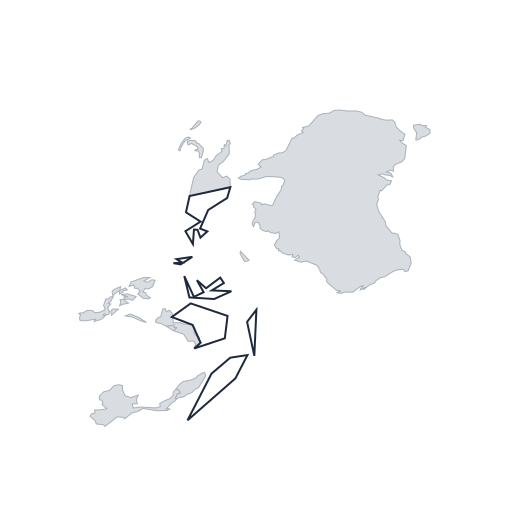 Indonesia highlighted, Equal Earth projection, rotated 257°
{"feature_id": "IDN", "entity_name": "Indonesia", "entity_type": "country or territory", "adm_level": 0, "iso_a3": "IDN", "parent_name": "Asia", "parent_adm1": "", "projection": "equal_earth", "projection_center": [119.503, -2.501], "detail": "coarse", "context": "with_neighbors", "style": "outline", "palette": "slate", "viewbox_px": 512, "rotation_deg": 257, "n_neighbors": 7, "source": "natural_earth", "source_scale": "50m", "svg_char_len": 6743}
<svg xmlns="http://www.w3.org/2000/svg" viewBox="0 0 512 512"><g transform="rotate(257 256 256)"><path d="M329.5,204.7L346.5,212.9L352.4,219.4L353.0,223.2L360.9,227.1L362.0,230.5L357.6,231.2L358.6,235.5L362.7,239.7L365.6,246.5L368.3,246.2L368.1,249.1L371.7,250.2L370.2,251.4L375.2,254.0L374.6,255.9L371.4,256.3L370.3,254.7L361.5,253.0L355.4,245.4L353.0,239.8L346.9,237.0L339.9,241.0L340.4,245.7L336.6,247.9L329.1,246.5L329.5,204.7ZM383.1,208.9L386.7,213.6L387.2,217.0L385.7,218.7L383.8,212.4L379.0,207.5L375.6,205.7L376.9,204.1L383.1,208.9ZM378.3,225.6L373.2,228.6L370.7,228.6L364.1,225.0L364.6,223.0L368.8,223.9L371.4,223.4L372.2,220.3L372.9,220.2L373.3,223.6L376.0,223.1L380.1,218.6L379.6,214.8L382.5,214.7L383.4,215.8L383.3,219.3L381.6,223.2L379.1,223.8L378.3,225.6ZM394.9,222.3L400.7,230.0L400.0,231.8L398.6,232.5L396.6,230.0L394.6,225.9L393.7,221.1L394.4,220.4L394.9,222.3Z" fill="#d9dde1" stroke="#a8b0b8" stroke-width="1"/><path d="M252.9,245.1L253.4,243.6L257.5,242.2L262.3,241.1L264.1,241.9L253.4,248.3L252.9,245.1Z" fill="#d9dde1" stroke="#a8b0b8" stroke-width="1"/><path d="M159.8,96.7L155.4,95.8L149.3,97.0L146.1,102.3L147.0,110.0L142.9,107.1L138.8,107.2L139.7,102.2L135.5,102.2L134.9,109.2L130.5,124.1L130.7,128.8L133.8,129.0L135.6,134.8L136.4,140.3L139.0,144.0L141.9,144.7L144.3,148.1L142.7,150.7L139.5,151.5L139.2,148.2L135.4,145.4L134.5,146.5L132.7,144.0L131.9,140.9L127.2,134.2L126.4,138.0L125.5,134.4L127.6,124.3L132.8,111.8L131.2,106.0L130.9,99.6L126.9,91.4L128.6,90.2L130.5,84.7L123.9,70.5L125.9,69.4L128.3,62.6L131.6,62.3L137.2,58.2L139.1,60.1L139.2,63.9L142.3,64.1L140.9,70.7L140.8,76.3L145.9,72.6L147.3,73.7L150.0,73.5L151.0,71.3L154.5,71.8L157.9,76.9L158.0,83.1L161.7,88.6L161.3,93.9L159.8,96.7Z" fill="#d9dde1" stroke="#a8b0b8" stroke-width="1"/><path d="M345.6,438.4L348.0,438.8L347.4,445.3L345.7,447.2L344.6,451.5L343.4,450.0L340.0,453.8L336.6,453.3L334.7,448.7L334.6,445.1L332.8,440.4L333.2,437.8L339.7,440.2L345.6,438.4ZM256.3,389.4L247.7,393.7L246.8,396.8L245.1,399.1L238.7,399.8L234.8,398.7L228.6,399.6L226.0,402.7L224.8,402.5L220.5,406.0L214.4,405.7L207.3,400.9L207.4,397.6L209.5,396.8L210.3,395.5L210.6,389.3L210.0,385.8L206.8,376.4L207.0,373.0L205.0,367.4L202.9,365.0L202.3,360.3L198.9,352.9L201.0,355.5L199.4,349.9L201.6,351.6L203.0,354.0L202.9,350.9L199.0,342.3L200.9,334.2L200.4,330.6L202.2,326.2L202.7,330.9L204.5,326.6L214.0,319.6L216.1,319.1L217.4,319.9L223.8,316.9L225.8,315.0L228.3,315.1L233.2,313.3L239.7,304.0L240.0,298.1L243.3,292.8L245.3,298.2L247.3,296.9L245.6,294.0L247.1,290.9L249.2,292.3L249.8,287.5L253.5,281.9L255.9,280.8L256.0,279.0L258.1,279.8L258.2,278.2L262.5,276.4L266.0,279.3L268.5,283.1L274.4,283.7L273.5,280.3L275.8,275.2L278.0,273.5L277.3,271.9L279.4,268.3L282.3,266.1L284.7,266.8L288.7,265.6L288.6,262.4L285.2,260.3L287.7,259.4L290.8,260.9L293.3,263.5L297.2,265.2L298.6,264.5L301.5,266.5L304.3,264.7L306.1,265.2L307.2,264.0L309.3,267.1L306.1,273.1L304.5,273.3L305.0,275.8L301.7,282.1L302.0,283.9L309.2,289.4L314.8,295.3L318.5,296.9L319.2,298.8L323.5,301.0L326.7,298.8L328.8,292.7L331.1,284.2L330.6,275.7L331.4,270.9L332.3,269.6L331.6,267.5L334.0,258.8L335.9,256.4L337.1,259.5L337.3,263.5L338.5,264.3L338.6,267.0L340.2,270.2L340.2,276.1L341.7,281.1L344.8,278.7L348.4,283.8L347.8,286.6L348.6,292.0L349.1,295.2L350.3,295.9L351.3,301.3L350.6,304.5L351.9,308.8L362.8,317.7L362.1,319.2L364.5,323.1L365.8,329.8L367.7,328.4L369.4,331.1L370.6,330.2L370.8,336.7L378.8,347.7L379.6,352.6L378.7,359.8L380.3,364.9L379.4,370.2L376.5,378.3L374.9,386.0L372.3,391.3L368.6,394.2L362.7,406.6L360.7,409.4L359.0,413.7L357.9,419.5L355.2,421.4L350.4,421.6L346.2,424.0L341.0,428.5L335.3,425.1L336.3,422.1L333.9,423.2L329.7,427.3L317.4,422.8L315.0,419.3L313.8,412.1L311.9,409.8L307.7,409.1L309.4,406.3L308.7,402.0L306.2,406.0L302.3,407.1L304.8,403.9L305.7,400.5L307.6,397.7L307.5,393.4L303.6,398.3L300.7,400.3L298.8,404.9L295.5,402.6L295.8,399.5L291.2,393.1L292.1,391.7L286.6,388.2L283.5,388.0L279.3,385.1L271.4,385.7L260.5,389.7L256.3,389.4Z" fill="#d9dde1" stroke="#a8b0b8" stroke-width="1"/><path d="M235.2,109.9L230.8,101.9L234.8,102.1L236.5,104.4L235.2,109.9ZM240.6,125.7L242.7,122.2L243.2,118.3L245.8,117.9L245.1,122.2L248.6,116.0L248.1,122.1L243.5,130.1L240.6,125.7ZM258.8,128.5L260.4,141.9L258.8,147.7L257.0,141.2L254.8,144.4L256.3,149.2L255.0,152.2L249.4,148.4L248.0,143.8L249.5,140.8L246.4,137.7L245.0,140.4L242.7,140.1L239.2,143.7L238.4,141.8L240.3,136.5L245.8,132.2L247.5,135.1L251.1,133.4L251.9,130.5L255.2,130.4L254.9,125.4L258.8,128.5ZM222.2,128.3L215.9,134.3L218.2,129.9L224.5,121.5L227.0,115.2L227.8,120.4L222.2,128.3ZM240.1,71.9L239.4,74.5L241.0,79.0L239.8,84.2L237.0,86.3L236.3,91.4L237.4,96.4L239.9,97.1L242.0,96.3L247.9,99.9L247.4,103.3L249.0,104.8L248.5,107.7L244.8,104.6L243.1,101.3L241.9,103.6L238.8,99.8L234.6,100.8L232.2,99.4L232.5,96.8L233.9,95.1L232.5,93.7L231.9,96.0L229.6,92.3L228.9,89.6L228.7,83.6L230.6,85.6L231.1,75.8L232.6,70.1L235.4,70.1L238.3,71.9L239.7,70.3L240.1,71.9ZM238.9,114.9L238.2,111.8L241.0,113.8L244.0,113.8L243.9,116.5L238.8,121.1L238.9,114.9ZM255.3,110.1L256.6,117.2L253.0,115.5L254.3,121.6L252.0,123.0L251.8,118.6L250.4,118.2L249.6,114.4L252.4,114.9L252.3,112.5L249.4,107.6L253.9,107.8L255.3,110.1Z" fill="#d9dde1" stroke="#a8b0b8" stroke-width="1"/><path d="M134.5,146.5L135.4,145.4L139.2,148.2L139.5,151.5L142.7,150.7L144.3,148.1L148.1,152.5L150.1,156.8L149.8,164.1L150.6,170.1L152.3,171.9L154.1,177.5L154.0,179.7L150.6,180.1L140.5,170.3L140.0,167.0L137.3,162.7L136.6,157.4L135.0,153.9L135.5,149.2L134.5,146.5ZM219.2,161.4L209.6,160.4L207.9,167.7L206.1,169.9L203.6,178.8L199.7,180.2L195.2,178.4L192.9,179.0L190.1,182.2L187.1,181.8L184.0,183.1L180.8,179.4L180.0,175.1L183.5,177.3L187.2,176.1L188.1,170.7L195.9,168.1L201.7,158.9L203.8,162.3L204.8,160.1L207.1,160.3L207.6,153.0L211.3,148.6L213.7,143.6L215.6,143.5L218.1,146.8L218.3,149.6L225.4,153.3L225.1,155.8L221.9,156.1L222.7,159.2L219.2,161.4Z" fill="#d9dde1" stroke="#a8b0b8" stroke-width="1"/><path d="M207.6,153.0L207.1,160.3L204.8,160.1L203.8,162.3L201.7,158.9L207.6,153.0Z" fill="#d9dde1" stroke="#a8b0b8" stroke-width="1"/><path d="M179.8,175.0L184.0,182.5L203.1,178.7L215.5,160.2L224.5,181.7L204.0,214.8L182.8,207.1L179.8,175.0ZM111.3,152.3L151.4,186.2L162.7,208.0L161.4,225.4L141.4,208.4L111.3,152.3ZM329.4,204.8L328.8,246.5L319.0,240.9L311.6,219.8L295.3,207.7L290.9,214.1L286.4,206.0L294.7,204.9L295.7,201.5L281.8,197.2L296.0,192.8L302.0,209.7L314.3,197.6L329.4,204.8ZM252.6,181.6L230.2,186.3L232.5,196.8L245.7,193.0L235.8,200.1L243.0,216.3L236.9,218.6L232.4,205.2L227.2,224.1L223.5,205.5L230.6,181.8L252.6,181.6ZM159.1,231.9L193.8,232.5L203.6,244.3L159.1,231.9ZM266.2,182.6L270.8,177.9L269.5,193.8L264.8,180.7L267.6,173.9L266.2,182.6Z" fill="none" stroke="#1e293b" stroke-width="2"/></g></svg>